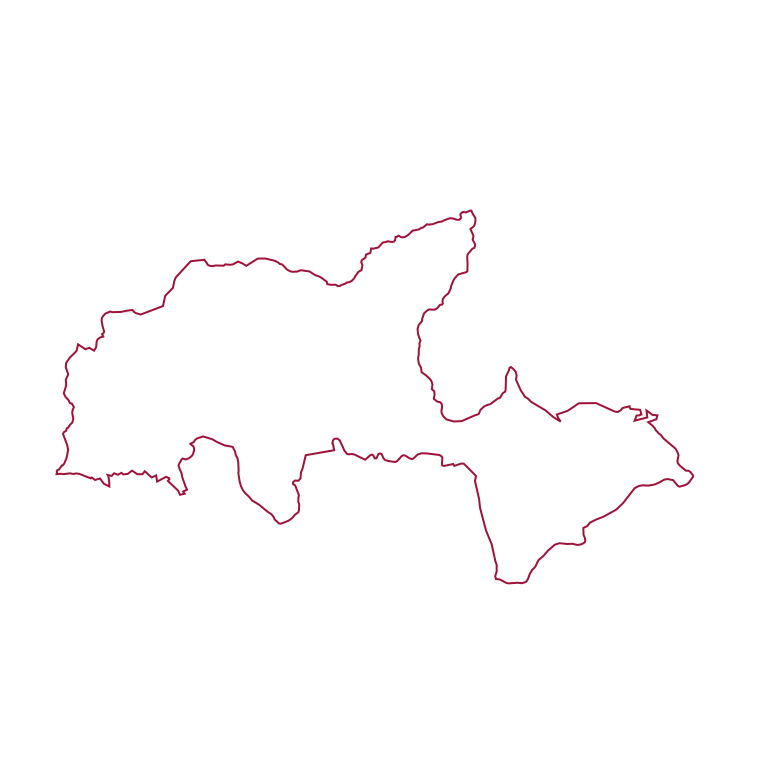 the district of Tepango de Rodríguez, Puebla, Mexico, rotated 7°
{"feature_id": "50627088B77099076149354", "entity_name": "Tepango de Rodríguez", "entity_type": "district", "adm_level": 2, "iso_a3": "MEX", "parent_name": "Mexico", "parent_adm1": "Puebla", "projection": "albers", "projection_center": [-97.782, 20.011], "detail": "fine", "context": "isolated", "style": "outline", "palette": "rose", "viewbox_px": 768, "rotation_deg": 7, "n_neighbors": 0, "source": "geoboundaries", "source_scale": "gbopen_adm2", "svg_char_len": 6101}
<svg xmlns="http://www.w3.org/2000/svg" viewBox="0 0 768 768"><g transform="rotate(7 384 384)"><path d="M70.0,513.3L74.0,512.5L76.9,512.5L83.0,511.0L86.9,511.1L89.4,510.3L92.5,510.3L104.4,513.4L105.0,512.5L105.5,512.5L108.9,514.5L113.6,512.4L118.1,517.1L123.9,519.2L123.0,513.8L121.5,508.7L120.9,508.0L124.9,508.4L127.0,505.5L131.0,506.5L134.2,504.2L136.3,505.5L140.5,504.5L144.5,500.7L150.2,503.6L155.2,503.0L157.2,499.8L164.8,505.1L169.0,502.5L170.7,508.5L179.0,502.7L182.3,503.7L182.6,504.6L181.3,506.5L192.6,514.9L195.1,518.8L199.5,517.2L197.7,515.2L201.4,512.9L199.6,510.1L195.1,501.1L193.9,497.1L191.4,493.1L190.1,490.2L190.2,488.8L192.3,483.4L193.4,482.5L196.3,483.1L198.7,481.9L200.8,480.2L202.3,478.4L203.0,476.7L203.6,473.0L203.3,470.9L202.4,469.2L199.1,467.0L202.3,464.8L203.3,462.6L205.1,460.8L210.8,458.1L220.5,459.8L225.2,461.9L233.5,464.4L241.4,464.8L244.4,469.2L245.5,472.4L247.6,475.6L248.8,479.0L250.3,487.9L250.3,490.2L252.6,498.4L254.4,502.7L257.0,506.7L259.2,509.0L263.6,512.2L267.3,515.7L274.7,519.0L283.2,524.5L288.4,527.2L290.7,529.5L291.9,531.7L297.0,535.3L298.7,535.2L305.8,531.4L308.8,528.7L311.5,524.7L314.7,521.6L314.9,518.9L314.6,514.2L313.2,510.9L312.9,507.1L313.1,504.7L308.2,495.5L306.0,494.4L305.7,492.7L307.3,490.7L310.9,490.4L312.6,487.9L312.4,482.0L313.5,477.6L315.0,464.2L342.6,455.8L340.8,450.0L340.0,449.4L340.3,446.2L341.0,444.9L341.9,444.3L344.4,443.9L346.9,445.3L352.9,455.0L355.8,457.9L357.0,458.1L361.1,457.4L363.6,457.7L373.8,461.2L374.8,461.3L378.7,456.7L380.7,455.5L382.0,456.1L383.8,458.9L385.2,458.8L385.8,458.0L386.9,454.3L388.2,453.5L389.7,453.6L390.4,454.1L392.3,457.5L394.3,459.3L397.5,459.9L404.7,460.1L406.6,458.7L410.4,453.3L411.7,452.4L413.9,452.5L418.8,454.8L421.1,455.1L422.2,454.4L426.0,449.9L429.7,448.2L434.6,447.7L447.6,447.7L449.3,448.4L450.6,449.6L451.0,450.5L451.2,456.6L451.9,457.9L453.9,457.9L462.4,455.0L463.8,456.7L470.0,453.7L472.8,453.3L486.5,464.0L486.1,469.1L492.4,486.6L494.5,495.4L503.2,517.2L510.3,529.7L516.1,546.2L517.9,549.9L518.7,556.5L517.8,561.1L518.8,563.9L522.7,563.9L530.1,566.7L532.6,566.6L540.7,565.0L545.2,564.9L549.2,563.1L550.7,559.8L551.8,554.8L553.7,550.6L556.4,547.0L558.8,539.9L563.1,535.4L567.2,529.2L573.1,522.7L577.6,520.6L585.3,520.5L590.7,519.6L595.4,520.2L598.6,519.4L600.8,518.2L602.5,516.7L602.9,514.9L602.1,512.2L600.4,509.3L599.4,502.6L603.2,500.1L605.2,496.6L611.0,492.7L618.0,489.0L629.8,480.4L635.8,473.1L645.5,456.8L649.3,454.2L652.7,453.1L658.9,452.6L665.0,450.7L669.1,448.3L673.8,444.8L677.1,443.8L682.7,444.2L687.9,449.2L689.9,449.9L695.5,447.5L696.8,446.6L698.6,444.8L702.0,438.4L701.7,436.8L698.7,433.9L696.8,433.0L694.1,433.2L687.5,428.9L685.4,426.9L684.6,424.8L685.0,418.8L684.1,416.6L681.2,412.6L668.2,404.1L665.0,400.8L663.1,399.8L659.2,396.6L658.4,395.2L655.4,392.5L650.9,389.7L658.6,385.8L659.2,381.8L654.2,381.9L647.8,378.3L649.4,385.1L637.2,389.9L638.6,384.5L640.9,384.1L643.2,382.9L641.4,378.4L631.8,378.7L630.5,377.2L630.4,376.2L623.8,378.7L621.9,381.5L619.4,383.3L616.2,383.2L596.8,377.1L579.7,379.4L569.5,388.3L559.3,393.2L560.9,396.2L563.9,399.8L556.6,396.5L547.3,390.4L532.2,383.8L529.0,381.2L525.5,379.5L520.4,373.5L514.5,363.6L514.6,359.5L513.2,355.8L510.2,353.1L507.8,351.7L506.6,352.7L506.3,355.3L504.2,361.6L505.4,374.6L505.2,376.8L502.9,378.8L500.9,383.4L498.6,384.7L491.9,391.1L488.5,392.5L485.9,394.3L482.9,397.9L481.6,402.4L477.9,404.1L465.6,411.4L457.6,412.7L450.1,411.5L446.7,408.7L444.9,406.1L444.2,403.8L444.5,400.3L444.1,397.9L443.2,396.2L441.6,395.1L439.0,395.0L435.2,392.6L435.5,388.7L434.8,385.1L432.2,383.4L432.1,378.5L431.2,376.2L430.0,374.4L428.4,373.0L424.8,370.4L419.9,367.7L418.8,363.4L416.0,359.4L414.7,354.5L414.9,350.6L414.3,345.0L414.8,341.9L414.2,339.6L414.9,336.2L413.6,334.3L411.6,329.9L410.6,325.1L411.3,321.1L414.0,317.0L414.0,314.3L415.2,308.9L418.4,305.3L419.8,304.5L425.1,304.1L427.7,302.2L429.9,298.6L432.0,298.0L432.6,296.8L432.1,295.4L432.0,292.6L433.6,289.7L436.8,286.2L437.3,285.1L438.7,280.4L438.7,278.7L440.5,272.1L441.9,269.6L444.3,266.2L452.0,263.0L453.0,261.9L452.3,254.5L451.1,247.8L451.2,245.1L455.2,239.0L457.1,237.8L457.5,236.3L457.5,234.3L454.4,230.0L454.8,226.8L454.3,225.2L450.9,219.7L454.2,216.1L454.8,213.5L454.9,211.2L454.5,208.2L451.3,204.2L449.6,201.3L447.8,201.6L444.6,203.7L441.2,203.6L439.5,205.5L439.1,206.6L440.1,209.2L440.1,210.1L438.5,211.9L436.3,212.1L432.1,211.3L429.4,211.4L424.4,213.8L421.6,215.7L418.2,216.6L412.9,219.4L408.8,220.4L407.1,220.2L403.6,224.0L402.2,224.4L399.4,226.5L393.7,228.3L389.8,233.2L386.5,235.7L383.7,236.3L380.3,235.0L378.8,236.4L377.6,236.7L377.4,240.2L376.4,241.5L374.7,242.1L370.0,241.9L369.5,242.5L365.5,243.8L361.7,249.2L356.8,251.0L354.7,251.0L354.5,255.5L350.3,257.8L350.2,260.8L347.2,263.5L346.7,264.5L346.6,266.1L348.1,268.4L347.8,273.5L344.8,276.0L342.3,280.6L341.5,282.8L339.5,285.5L336.9,287.3L334.7,287.8L333.3,289.1L329.3,291.1L328.2,292.2L326.4,292.5L323.8,291.3L319.7,292.0L315.6,291.8L314.7,289.5L309.2,286.3L306.3,285.1L302.6,284.4L296.3,281.4L287.7,281.2L283.9,283.1L279.0,283.8L276.9,283.5L273.6,282.1L268.3,277.7L266.1,277.6L263.9,276.2L260.6,275.0L250.9,273.9L243.4,274.9L232.9,283.5L228.6,281.5L224.2,280.3L219.4,283.7L216.9,284.4L211.9,284.6L210.4,286.1L202.2,286.9L200.2,287.8L197.6,288.0L195.0,287.5L190.6,282.6L177.2,285.7L164.2,303.8L163.3,307.6L162.8,314.3L156.1,323.1L155.1,333.6L134.0,344.7L128.8,343.8L127.4,343.1L125.4,341.2L119.7,342.6L114.3,344.5L105.6,345.8L103.5,345.4L98.7,348.2L96.7,351.1L96.0,352.8L95.9,355.1L97.7,361.2L99.9,366.1L99.3,367.9L98.0,368.9L99.6,371.2L96.8,372.3L94.7,374.2L94.1,375.2L93.6,377.2L93.8,382.6L92.2,386.2L87.0,384.0L83.4,385.9L75.5,381.9L74.9,388.0L74.1,389.7L69.1,395.8L66.0,401.7L66.1,406.2L69.1,412.2L69.3,413.5L67.6,418.5L68.5,422.3L68.6,424.8L67.3,432.1L69.3,435.5L72.7,438.3L74.5,441.2L75.6,441.5L76.4,441.3L79.0,444.7L78.1,448.0L78.0,450.5L79.8,456.2L79.4,460.2L77.7,462.2L75.7,466.0L74.5,466.6L74.2,469.2L72.0,471.0L71.5,472.7L76.9,483.0L78.5,487.8L77.9,496.4L76.3,502.0L74.9,504.1L74.2,504.1L71.8,508.6L70.3,509.3L69.8,510.4L70.2,511.3L70.0,513.3Z" fill="none" stroke="#9f1239" stroke-width="2"/></g></svg>